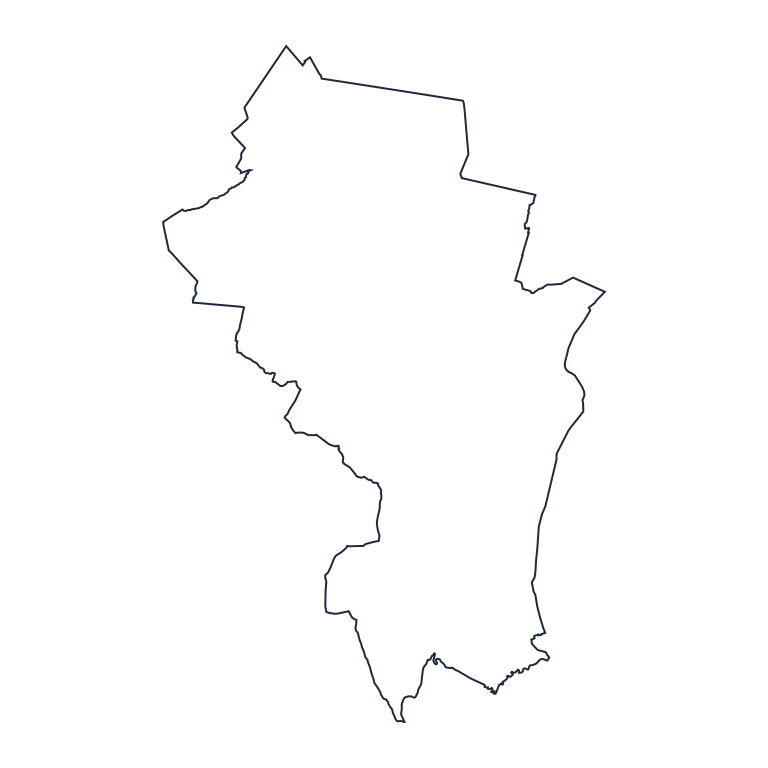 outline of Hueyotlipan, Tlaxcala, Mexico
{"feature_id": "50627088B62719157774581", "entity_name": "Hueyotlipan", "entity_type": "district", "adm_level": 2, "iso_a3": "MEX", "parent_name": "Mexico", "parent_adm1": "Tlaxcala", "projection": "mercator", "projection_center": [-98.344, 19.48], "detail": "fine", "context": "isolated", "style": "outline", "palette": "slate", "viewbox_px": 768, "rotation_deg": 0, "n_neighbors": 0, "source": "geoboundaries", "source_scale": "gbopen_adm2", "svg_char_len": 6117}
<svg xmlns="http://www.w3.org/2000/svg" viewBox="0 0 768 768"><path d="M535.4,194.9L461.8,178.1L460.3,173.8L468.4,154.2L464.3,106.9L463.7,103.0L462.9,100.7L388.2,88.9L321.6,78.6L321.3,76.9L320.8,75.4L319.5,74.2L310.0,57.3L304.6,61.1L305.2,61.9L302.7,65.4L286.2,46.1L244.4,107.7L247.3,116.4L247.7,117.9L247.3,119.2L237.4,128.1L231.7,132.6L233.7,135.9L245.0,148.0L241.2,153.7L241.2,158.5L236.3,167.0L236.4,167.4L240.6,170.7L240.9,171.8L240.8,173.1L249.3,170.0L250.6,170.2L249.9,170.5L248.2,172.1L247.8,173.7L246.7,174.0L246.3,174.6L245.7,177.5L245.2,178.0L244.7,178.1L244.4,180.2L242.5,182.0L239.9,183.2L238.6,184.5L237.2,184.9L235.6,186.4L234.6,186.6L233.2,187.5L231.8,187.5L230.2,188.9L228.7,189.6L228.2,191.5L223.9,194.8L219.5,196.2L217.6,198.1L213.0,198.3L210.1,199.7L209.4,200.2L207.6,202.9L206.7,203.8L203.8,205.6L202.6,206.7L201.4,206.9L198.6,208.2L191.3,209.4L190.3,210.1L188.2,209.9L186.5,210.8L184.4,210.9L183.6,210.6L182.5,209.5L171.5,216.4L163.2,222.0L163.5,225.5L168.8,250.4L172.6,254.2L180.2,262.8L197.5,281.3L197.1,283.0L195.5,286.2L195.3,288.8L195.4,291.5L196.5,293.1L195.0,296.1L193.4,297.6L193.9,298.6L192.8,300.1L193.0,302.6L240.2,306.7L242.3,307.0L244.1,307.5L242.5,313.7L242.0,317.2L239.9,325.7L239.3,329.5L238.8,330.1L238.6,331.0L237.4,332.4L236.9,333.7L236.4,334.3L235.9,337.5L235.7,340.7L237.4,341.3L236.7,344.5L236.8,347.6L237.5,350.1L237.1,351.8L237.3,352.2L239.5,352.8L240.7,352.8L242.8,355.1L245.6,357.2L250.6,359.3L253.2,361.5L256.7,363.2L260.2,367.6L262.0,368.0L263.6,369.3L264.2,370.2L264.4,371.7L265.9,373.1L268.0,373.1L270.1,373.9L271.2,373.7L272.1,372.7L274.7,373.3L274.9,374.1L272.6,380.6L272.6,381.2L273.2,381.9L274.9,381.8L280.6,386.1L282.8,386.0L286.0,384.0L287.6,382.0L295.3,381.3L296.2,381.6L296.8,385.4L298.7,388.0L300.5,389.4L295.4,400.4L289.2,410.2L287.6,413.8L285.1,416.4L284.6,417.5L286.1,419.3L288.1,420.9L289.9,423.0L290.8,425.7L290.9,426.9L293.4,430.8L295.7,433.3L297.2,432.6L298.5,432.7L299.2,432.5L303.7,432.8L308.3,435.1L315.1,435.2L316.2,434.6L328.4,443.8L330.4,444.9L335.2,446.3L336.4,446.2L337.8,445.7L338.7,446.0L338.5,447.8L339.2,448.5L338.5,449.5L339.4,451.1L342.2,454.5L343.3,457.5L342.7,461.9L343.8,463.3L343.7,463.6L350.0,467.6L355.0,473.7L356.3,475.9L357.8,476.9L361.3,477.7L363.3,477.1L364.0,476.7L368.5,479.8L371.3,480.2L372.4,481.9L373.5,482.8L376.2,482.7L378.0,483.5L378.1,485.2L381.1,489.9L381.0,493.5L381.4,495.5L381.3,499.2L380.5,500.1L379.9,503.0L379.7,508.6L377.7,517.2L376.8,522.6L377.3,527.4L378.1,531.1L379.5,535.5L378.7,541.0L375.0,541.6L365.7,544.0L364.7,544.7L363.6,545.9L349.4,546.3L347.2,545.9L346.6,547.5L343.9,550.0L340.8,552.6L336.2,555.4L335.5,556.2L334.0,558.6L330.4,567.8L328.0,572.6L325.6,574.7L325.2,575.6L325.3,578.3L326.1,580.4L326.3,582.4L325.6,590.8L325.3,606.6L326.4,612.0L329.4,613.0L335.0,613.8L338.2,613.5L348.8,611.2L351.6,616.9L354.2,619.1L356.4,619.9L356.2,624.3L355.4,627.6L355.8,630.3L357.9,633.0L359.3,638.9L361.6,645.2L361.8,647.0L363.4,650.2L365.6,657.7L367.4,659.6L367.7,661.4L370.0,667.5L371.6,673.7L373.3,678.4L374.4,683.0L377.4,687.3L380.3,692.1L381.0,694.6L382.9,697.8L384.2,699.1L386.0,699.4L388.1,702.3L388.5,704.0L390.9,707.9L392.2,709.5L392.9,713.0L393.8,714.6L395.3,718.5L396.0,719.9L397.4,721.3L400.0,721.0L401.8,721.2L403.3,721.9L404.5,721.9L401.6,715.7L401.1,713.9L401.8,709.3L401.7,704.4L403.6,699.0L404.9,697.4L408.4,696.3L411.3,696.4L412.4,696.8L413.1,697.4L414.5,697.6L415.5,697.0L417.6,692.9L418.4,689.4L420.8,684.9L421.3,683.2L422.9,669.7L423.8,667.0L426.2,664.1L427.8,659.8L429.3,659.9L430.3,659.5L431.9,656.0L433.7,654.7L434.0,653.6L434.4,653.3L434.8,653.5L435.0,654.2L433.5,659.7L433.5,661.2L434.1,662.7L435.5,664.2L436.4,664.3L436.9,663.5L436.9,662.5L435.8,660.4L436.2,659.3L437.5,658.7L439.7,659.3L441.0,661.6L443.5,663.7L444.9,665.6L445.3,666.7L446.4,667.5L449.8,668.0L451.4,668.0L451.8,667.7L452.9,667.9L453.4,668.6L455.5,670.0L458.2,671.1L470.6,678.4L484.6,684.9L484.8,685.3L484.6,686.8L485.4,687.3L487.8,687.3L487.5,688.2L487.8,688.8L490.1,689.0L491.5,688.1L492.0,688.1L492.3,688.6L492.5,690.0L491.3,691.5L491.2,691.8L492.5,692.1L494.4,691.3L494.5,692.0L493.6,692.7L493.3,693.2L493.6,693.5L494.6,693.8L495.5,693.7L496.2,692.7L499.0,685.1L501.1,683.7L501.8,683.9L502.0,684.5L503.0,684.3L503.2,683.7L502.4,682.5L502.8,681.7L503.4,681.6L506.5,679.3L507.4,677.7L507.1,676.4L507.5,675.9L508.6,675.8L509.4,676.7L510.2,676.8L511.3,676.1L512.6,674.9L512.8,674.3L512.6,673.7L511.8,673.3L511.3,672.6L511.8,671.8L512.2,671.9L513.5,672.7L514.8,672.7L516.2,671.6L517.8,669.7L518.5,669.9L519.0,670.6L518.7,672.3L519.0,672.8L521.6,672.5L522.7,671.6L523.1,670.5L523.0,669.6L523.7,668.7L524.6,668.3L527.9,669.6L528.7,668.6L529.1,666.7L530.2,665.3L532.5,665.1L535.5,664.0L536.9,663.0L540.0,659.6L542.1,658.9L543.4,659.1L546.5,660.5L547.6,660.3L549.2,657.5L548.3,656.1L547.3,655.2L546.1,652.7L545.4,652.0L538.5,650.3L536.9,649.2L533.2,645.3L531.7,643.2L531.6,640.6L531.3,639.7L534.5,638.3L534.1,636.4L535.3,635.5L538.1,634.5L538.4,635.4L541.3,634.8L541.2,634.2L545.2,632.9L543.3,628.1L540.1,617.6L537.2,606.2L535.3,594.7L533.6,591.5L531.8,582.3L534.2,578.3L534.9,576.0L535.4,571.9L536.0,561.5L537.4,547.3L538.8,526.6L541.9,514.4L545.3,506.5L556.3,460.5L556.6,458.0L556.4,455.9L556.8,453.4L568.4,430.7L570.8,427.3L581.9,413.4L582.9,412.1L583.3,410.8L583.1,403.7L582.5,400.1L584.3,395.8L584.4,394.3L584.0,391.5L582.7,388.2L581.8,386.3L574.9,375.5L571.6,373.2L568.5,371.9L566.0,369.3L564.9,366.6L564.8,363.2L568.6,347.9L574.4,334.2L583.5,321.7L590.2,310.6L590.1,310.0L588.8,307.6L594.8,302.9L596.0,300.9L604.8,291.8L573.1,277.6L561.1,283.9L550.6,284.7L547.6,284.6L546.7,284.9L543.4,287.2L542.9,287.9L540.7,288.6L539.1,288.8L533.7,292.8L532.2,293.2L531.1,292.7L530.5,291.1L522.8,288.9L521.6,283.4L521.3,282.8L519.6,281.8L515.2,280.4L522.7,255.1L522.2,255.0L528.8,232.9L528.0,232.7L528.4,231.8L528.5,230.1L529.0,229.2L528.9,228.1L528.6,228.0L525.9,228.6L525.0,228.3L524.7,224.2L526.4,222.4L527.2,220.2L527.5,217.8L528.3,213.8L529.0,212.7L528.2,211.0L529.3,208.3L529.5,205.3L530.8,204.8L531.4,204.1L533.4,203.0L534.5,197.4L534.8,196.4L535.5,195.5L535.4,194.9Z" fill="none" stroke="#1e293b" stroke-width="2"/></svg>